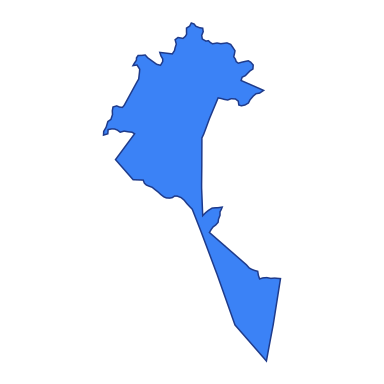 the district of Baturité, Ceará, Brazil
{"feature_id": "56859067B81939752180598", "entity_name": "Baturité", "entity_type": "district", "adm_level": 2, "iso_a3": "BRA", "parent_name": "Brazil", "parent_adm1": "Ceará", "projection": "albers", "projection_center": [-38.851, -4.425], "detail": "fine", "context": "isolated", "style": "filled", "palette": "blue", "viewbox_px": 384, "rotation_deg": 0, "n_neighbors": 0, "source": "geoboundaries", "source_scale": "gbopen_adm2", "svg_char_len": 2119}
<svg xmlns="http://www.w3.org/2000/svg" viewBox="0 0 384 384"><path d="M263.6,90.4L241.1,80.5L242.1,77.2L245.4,75.6L248.2,72.7L250.0,70.9L252.9,69.0L253.2,65.0L250.7,62.2L248.3,60.8L245.2,61.4L241.7,62.2L238.3,63.2L236.2,61.6L235.4,59.2L233.7,56.7L234.4,54.1L235.0,50.8L233.0,47.7L230.7,44.4L227.0,42.9L224.0,43.3L220.8,43.7L217.0,43.0L212.5,43.8L210.3,42.5L208.4,40.7L205.9,41.1L202.3,39.0L201.7,35.4L203.2,31.7L202.7,28.2L199.5,27.7L195.9,26.3L194.1,24.0L191.3,23.0L189.7,26.1L186.5,28.1L186.5,31.5L186.6,34.2L185.4,36.3L183.0,38.4L178.0,37.5L175.1,39.7L176.3,44.1L175.1,47.8L174.5,50.6L172.3,53.9L159.8,52.4L161.0,56.0L162.7,58.9L162.7,61.6L160.5,65.3L156.7,64.3L147.7,57.8L145.2,55.0L141.8,55.4L138.1,55.5L136.5,57.8L136.4,60.2L134.3,63.3L133.0,65.6L137.0,65.0L139.7,69.2L139.5,72.0L138.7,79.0L137.0,81.9L124.1,105.5L122.4,107.4L119.7,107.1L116.7,105.9L113.0,107.0L112.3,110.8L112.5,114.6L110.9,119.4L107.9,121.5L106.1,127.3L103.7,131.4L103.5,135.1L107.8,133.8L108.1,129.6L111.8,128.9L114.6,129.0L117.4,130.1L120.2,132.2L124.1,131.1L128.2,131.8L132.0,132.2L134.6,133.8L115.5,159.6L123.9,169.2L133.1,179.7L143.2,180.1L144.4,183.2L146.3,185.0L148.9,186.1L152.2,187.3L155.0,189.6L158.1,192.0L160.9,194.6L163.9,196.9L166.3,197.9L169.7,198.1L172.3,197.6L174.5,196.1L177.2,196.1L181.1,197.6L184.1,200.1L186.9,203.6L189.8,206.7L192.3,209.3L200.7,230.7L208.1,250.4L215.2,269.4L217.0,274.1L235.0,325.0L266.4,361.0L269.8,342.6L273.2,324.7L280.5,278.6L277.9,278.4L274.6,278.1L270.8,278.4L266.8,277.6L262.9,277.9L259.6,278.9L258.4,275.4L257.7,271.3L254.7,270.5L251.6,269.3L249.1,267.9L246.5,264.9L209.4,232.5L211.3,229.3L213.1,226.9L215.7,225.0L218.1,222.3L218.5,219.2L220.0,215.3L220.0,211.8L221.2,209.6L222.2,207.1L218.1,207.7L215.2,207.8L212.1,208.1L208.4,210.4L205.5,212.8L202.7,215.7L201.6,188.1L201.6,183.9L201.8,165.0L201.8,160.6L201.9,137.9L203.6,134.4L205.5,129.4L209.5,118.5L218.1,97.9L221.5,98.6L224.3,99.4L227.7,100.0L231.2,98.7L235.5,99.0L238.3,101.2L238.8,105.0L241.4,105.8L245.0,105.0L248.4,103.0L250.1,99.7L253.4,95.9L256.1,93.7L259.6,93.1L263.6,90.4Z" fill="#3b82f6" stroke="#1e3a8a" stroke-width="1.5"/></svg>